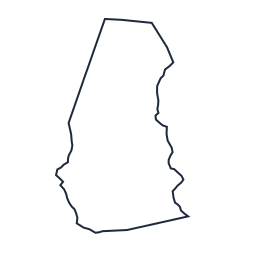 outline of Serrinha, Rio Grande do Norte, Brazil, rotated 275°
{"feature_id": "56859067B56101183977700", "entity_name": "Serrinha", "entity_type": "district", "adm_level": 2, "iso_a3": "BRA", "parent_name": "Brazil", "parent_adm1": "Rio Grande do Norte", "projection": "orthographic", "projection_center": [-35.59, -6.26], "detail": "fine", "context": "isolated", "style": "outline", "palette": "slate", "viewbox_px": 256, "rotation_deg": 275, "n_neighbors": 0, "source": "geoboundaries", "source_scale": "gbopen_adm2", "svg_char_len": 1038}
<svg xmlns="http://www.w3.org/2000/svg" viewBox="0 0 256 256"><g transform="rotate(275 128 128)"><path d="M28.5,85.3L24.9,92.5L23.8,98.4L20.8,104.7L21.6,108.3L23.0,111.8L26.3,136.0L45.2,195.6L47.4,192.0L50.4,188.0L54.1,186.5L56.2,184.1L57.7,181.4L62.7,179.4L68.9,178.0L71.7,180.2L74.9,182.4L78.4,185.9L81.5,187.7L85.1,185.4L87.7,181.9L91.0,177.7L91.5,174.1L96.7,171.5L99.8,171.3L104.2,172.7L107.8,174.5L112.1,173.3L118.9,168.6L125.5,166.9L132.6,166.6L133.5,162.6L135.6,159.4L138.8,155.1L142.7,154.3L145.7,157.0L149.3,155.6L154.0,156.0L158.4,155.8L162.0,154.8L165.5,153.9L172.4,153.4L180.4,156.2L183.3,158.7L189.5,159.8L193.4,164.1L197.3,167.4L211.9,159.8L234.8,142.5L235.2,112.1L234.6,95.5L199.7,86.6L186.6,83.3L172.7,79.7L168.6,78.7L127.8,68.4L116.9,71.9L109.2,73.2L105.8,74.1L100.8,73.6L95.6,71.4L92.0,70.9L88.6,71.1L85.9,67.2L82.7,64.6L80.5,61.2L74.8,60.4L70.9,65.6L68.7,68.0L65.2,65.6L61.3,69.7L56.9,72.2L53.1,73.4L48.4,75.9L44.9,78.7L42.4,81.8L38.7,83.7L34.1,85.4L28.5,85.3Z" fill="none" stroke="#1e293b" stroke-width="2"/></g></svg>